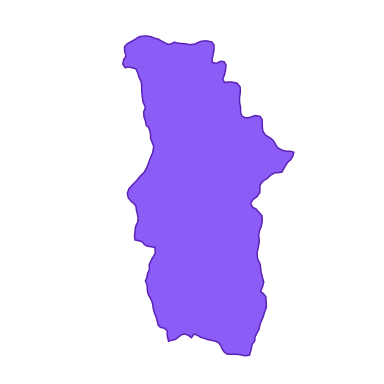 outline of Machacalis, Minas Gerais, Brazil, rotated 193°
{"feature_id": "56859067B87208191918029", "entity_name": "Machacalis", "entity_type": "district", "adm_level": 2, "iso_a3": "BRA", "parent_name": "Brazil", "parent_adm1": "Minas Gerais", "projection": "natural_earth1", "projection_center": [-40.718, -17.085], "detail": "fine", "context": "isolated", "style": "filled", "palette": "violet", "viewbox_px": 384, "rotation_deg": 193, "n_neighbors": 0, "source": "geoboundaries", "source_scale": "gbopen_adm2", "svg_char_len": 2731}
<svg xmlns="http://www.w3.org/2000/svg" viewBox="0 0 384 384"><g transform="rotate(193 192 192)"><path d="M101.7,253.6L105.3,253.9L109.0,253.0L113.6,253.0L118.9,254.6L122.4,258.5L125.5,261.2L129.0,262.6L133.5,264.1L136.8,267.5L138.1,271.4L139.1,274.9L139.9,278.2L142.6,281.0L147.7,280.7L150.4,279.0L153.9,276.9L157.7,276.4L160.8,277.5L162.6,280.7L163.8,285.7L165.7,289.7L166.9,294.4L167.2,298.3L167.7,302.0L168.9,305.4L172.8,308.3L178.5,308.0L181.9,307.2L185.0,306.1L187.4,308.9L186.7,313.7L186.7,317.9L187.4,323.4L190.0,326.1L193.2,326.0L197.3,322.8L201.5,322.8L202.3,326.5L202.3,330.0L202.5,335.4L203.7,340.3L206.4,342.7L212.3,342.5L216.8,341.0L219.9,338.9L222.6,336.7L227.4,335.0L231.7,335.0L235.7,334.3L239.8,333.8L242.8,334.1L245.4,331.8L248.2,330.5L252.1,331.3L255.9,332.3L259.2,333.4L262.8,333.4L266.6,334.1L271.4,333.8L275.6,332.6L278.7,331.2L282.1,327.6L285.6,324.5L288.5,321.8L290.4,318.5L289.2,313.7L286.7,309.6L288.3,305.9L288.3,301.1L285.1,298.1L281.9,299.6L278.7,299.6L274.4,299.4L271.4,295.5L269.3,291.6L266.9,288.8L265.4,285.7L264.3,281.8L263.4,278.0L261.7,273.2L259.8,268.4L256.5,264.1L257.1,259.1L255.8,254.6L253.4,250.7L251.5,246.5L248.8,245.2L246.9,242.2L245.5,239.2L244.3,234.7L241.7,230.9L239.5,227.7L239.2,221.4L240.2,215.9L240.8,210.9L241.6,205.3L243.1,200.3L245.8,196.3L248.6,190.4L251.5,185.8L254.2,181.0L254.7,176.1L252.8,172.0L249.0,169.1L245.9,167.5L243.5,165.7L242.0,161.7L240.1,157.9L238.6,154.6L238.1,150.7L239.2,145.5L238.6,140.3L238.1,136.1L236.8,132.5L233.0,132.5L229.4,132.3L226.8,130.3L224.1,129.2L219.9,129.4L215.6,129.6L214.0,124.1L216.1,117.6L217.4,111.8L216.1,106.9L217.0,102.4L216.7,98.3L217.4,95.0L214.8,91.1L213.3,85.9L211.6,82.3L209.3,79.8L206.7,76.8L204.8,73.1L203.5,69.6L201.2,65.3L199.0,62.4L196.9,58.5L195.0,54.7L192.4,53.0L188.1,53.0L185.0,51.2L183.7,46.2L181.3,41.3L178.6,43.0L175.0,44.6L172.5,47.8L169.7,50.9L167.0,52.1L163.3,51.5L159.8,49.9L158.0,54.2L153.8,53.4L150.6,52.3L147.2,52.2L143.9,51.7L139.7,51.9L135.6,51.9L132.4,51.2L129.2,48.6L127.2,45.6L124.5,43.3L121.1,41.9L117.2,42.7L112.1,43.9L107.8,44.3L103.7,44.3L99.3,45.9L99.0,51.7L99.1,57.2L97.4,61.0L98.0,64.9L96.9,69.6L95.8,73.5L96.0,77.2L95.5,81.7L94.6,86.1L94.3,91.1L93.6,96.4L94.9,101.3L96.5,106.5L99.5,109.0L102.8,110.4L102.0,115.4L101.8,120.2L104.2,124.7L106.7,129.6L108.0,133.3L109.3,136.9L113.0,141.6L114.9,146.8L115.0,153.1L115.2,158.3L116.2,161.8L117.4,165.0L117.6,169.2L116.8,174.1L117.1,179.7L118.4,184.5L122.2,187.3L126.0,190.0L129.3,190.6L132.4,194.3L130.7,198.6L127.7,202.0L125.8,206.5L126.6,210.8L127.3,214.2L125.2,218.7L121.7,222.2L119.0,226.3L115.7,229.3L112.7,230.1L108.9,231.6L107.1,237.9L105.6,242.2L103.1,245.7L101.8,249.5L101.7,253.6Z" fill="#8b5cf6" stroke="#5b21b6" stroke-width="1.5"/></g></svg>